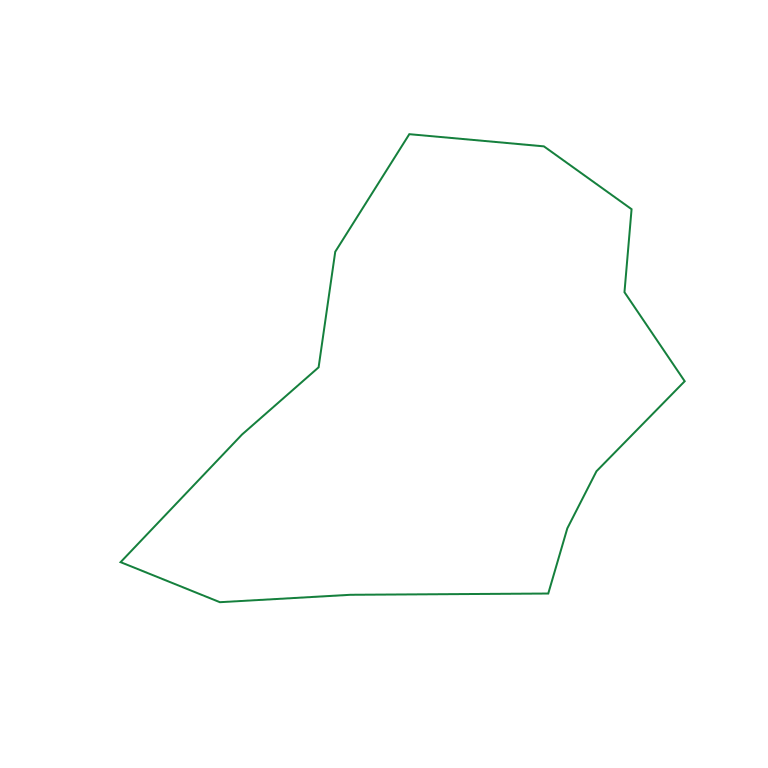 the state/province of Tarxien, rotated 348°
{"feature_id": "MLT-5960", "entity_name": "Tarxien", "entity_type": "state/province", "adm_level": 1, "iso_a3": "MLT", "parent_name": "Malta", "parent_adm1": "", "projection": "mercator", "projection_center": [14.508, 35.862], "detail": "fine", "context": "isolated", "style": "outline", "palette": "green", "viewbox_px": 768, "rotation_deg": 348, "n_neighbors": 0, "source": "natural_earth", "source_scale": "10m", "svg_char_len": 345}
<svg xmlns="http://www.w3.org/2000/svg" viewBox="0 0 768 768"><g transform="rotate(348 384 384)"><path d="M678.7,443.8L573.7,513.5L533.3,563.3L501.1,623.1L307.3,583.2L178.1,563.3L89.3,503.5L234.6,403.9L323.5,354.1L363.8,244.5L460.7,144.9L589.8,184.8L662.5,264.5L638.3,344.2L678.7,443.8Z" fill="none" stroke="#15803d" stroke-width="2"/></g></svg>